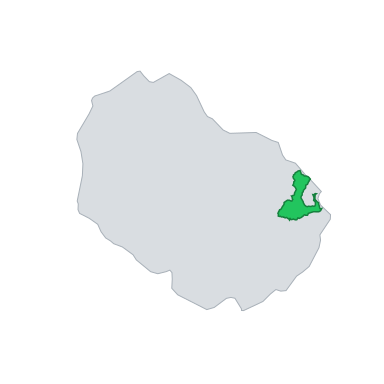 location of Resen, Resen, North Macedonia, rotated 231°
{"feature_id": "65306769B70601166108403", "entity_name": "Resen", "entity_type": "district", "adm_level": 2, "iso_a3": "MKD", "parent_name": "North Macedonia", "parent_adm1": "Resen", "projection": "natural_earth1", "projection_center": [21.03, 41.035], "detail": "fine", "context": "in_parent", "style": "filled", "palette": "green", "viewbox_px": 384, "rotation_deg": 231, "n_neighbors": 0, "source": "geoboundaries", "source_scale": "gbopen_adm2", "svg_char_len": 3360}
<svg xmlns="http://www.w3.org/2000/svg" viewBox="0 0 384 384"><g transform="rotate(231 192 192)"><path d="M174.4,106.0L180.3,106.7L193.1,103.3L201.1,98.6L205.2,97.9L210.6,96.0L218.3,96.3L226.2,98.4L236.2,95.6L246.1,91.2L250.0,92.3L254.3,96.1L257.2,97.1L273.6,117.0L282.6,125.0L293.2,131.1L305.3,135.6L309.6,139.9L317.4,161.0L321.2,169.1L326.3,171.5L327.6,173.8L327.8,176.8L322.2,191.7L320.1,225.1L318.6,227.7L312.6,227.6L304.6,228.3L301.5,230.9L298.4,248.8L285.6,253.9L273.8,256.8L264.0,256.2L246.6,251.9L240.9,251.5L236.1,253.9L220.6,255.2L213.8,258.3L197.9,279.3L181.7,286.6L176.2,290.2L163.8,285.6L157.9,285.1L149.3,290.5L130.5,291.0L125.5,291.9L111.0,292.8L110.4,289.9L107.7,285.7L101.0,283.7L87.2,285.4L83.8,282.3L78.2,264.4L73.7,261.6L68.8,255.6L60.4,236.2L60.2,227.7L60.8,220.3L56.2,203.0L59.1,198.6L63.4,195.8L63.4,188.8L62.3,178.2L67.4,157.4L68.8,155.9L70.1,156.9L82.4,158.5L85.6,155.9L87.7,151.8L88.3,136.6L91.3,129.5L121.1,116.2L129.9,115.7L136.7,121.8L142.0,125.7L145.2,125.6L146.4,121.7L150.0,114.0L156.1,109.7L174.2,106.0L174.4,106.0Z" fill="#d9dde1" stroke="#a8b0b8" stroke-width="1"/><path d="M97.5,282.4L97.7,282.0L98.1,281.4L98.6,281.0L99.1,281.2L99.6,281.4L100.2,281.7L100.7,281.9L101.5,282.3L102.7,282.7L103.3,283.1L103.6,283.3L103.8,283.4L104.1,283.6L104.8,283.4L105.7,283.0L106.3,283.1L106.8,283.1L107.3,283.1L107.5,282.9L108.1,282.8L108.9,283.1L109.4,283.3L109.8,283.6L110.3,284.0L110.9,284.6L111.6,285.2L112.1,285.8L112.3,286.1L112.5,286.4L112.5,286.6L112.5,286.8L112.4,287.2L112.4,287.5L113.2,286.8L113.3,285.8L113.0,285.1L113.9,284.3L111.3,283.5L110.2,282.7L108.9,281.2L107.1,281.6L105.8,281.0L104.3,279.7L103.8,278.8L104.1,277.8L105.3,276.9L105.9,275.3L107.7,273.5L108.0,272.4L109.2,271.6L111.0,271.3L113.7,271.8L114.2,272.2L115.7,272.5L118.9,273.0L120.0,274.2L120.3,275.7L122.0,277.1L122.2,278.6L122.9,279.3L123.3,280.2L123.6,282.8L125.7,284.7L125.3,286.6L126.5,288.8L126.6,289.6L127.3,290.5L127.5,291.3L127.3,291.8L127.5,292.1L127.9,292.1L128.2,292.1L129.0,292.0L129.4,292.1L130.0,292.0L131.0,291.8L131.9,291.2L132.6,290.7L132.9,290.4L133.3,289.9L133.7,289.4L134.1,289.3L134.7,289.3L135.4,289.1L135.9,288.9L136.3,288.5L136.5,288.3L136.8,288.2L137.0,288.2L137.3,288.3L137.6,288.3L137.8,288.4L138.3,288.7L138.8,288.9L139.2,289.0L139.9,289.2L140.2,289.3L140.7,289.5L141.6,287.6L141.6,285.7L142.0,284.5L141.2,283.0L141.4,281.7L140.6,280.9L140.4,280.1L138.8,279.4L136.4,279.4L135.9,278.6L135.9,277.6L134.4,276.1L133.8,274.6L132.5,275.0L130.8,275.2L128.3,274.7L126.6,270.8L125.9,270.5L125.4,269.5L125.3,269.0L125.9,268.1L125.8,267.5L126.3,266.8L124.6,266.4L124.0,265.9L122.7,265.6L122.7,265.0L122.1,263.9L122.6,263.3L124.3,262.5L125.6,261.0L125.9,257.0L125.5,256.9L124.9,256.0L124.4,255.6L123.7,252.9L123.1,251.7L122.6,250.0L123.1,248.9L122.4,247.9L122.5,247.6L121.8,246.1L121.2,245.2L120.3,245.1L119.0,243.9L117.9,244.6L117.6,245.4L116.4,245.7L115.3,247.2L114.8,247.2L114.1,247.9L113.6,247.9L113.2,248.2L112.7,249.5L111.1,249.8L110.4,250.3L108.8,250.1L109.3,251.2L109.9,251.3L109.8,251.6L108.5,251.5L107.8,252.1L107.1,253.9L106.1,254.2L105.6,254.9L105.1,255.0L104.5,256.0L105.2,258.0L104.0,258.7L103.3,261.5L103.6,262.2L103.3,263.4L103.6,264.8L103.3,265.3L102.6,265.5L101.3,267.0L101.3,267.4L102.2,268.9L100.9,272.3L100.2,274.0L97.0,277.9L96.6,278.9L96.6,280.3L97.5,282.4Z" fill="#22c55e" stroke="#15803d" stroke-width="1.5"/></g></svg>